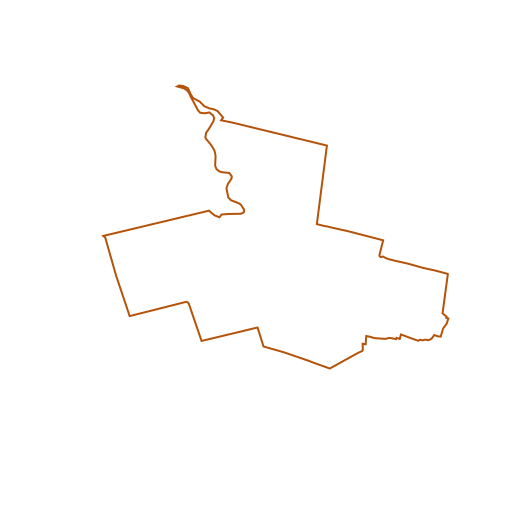 the district of Izvoarele, Teleorman, Romania, rotated 50°
{"feature_id": "2599482B23491153947768", "entity_name": "Izvoarele", "entity_type": "district", "adm_level": 2, "iso_a3": "ROU", "parent_name": "Romania", "parent_adm1": "Teleorman", "projection": "robinson", "projection_center": [25.353, 43.81], "detail": "fine", "context": "isolated", "style": "outline", "palette": "amber", "viewbox_px": 512, "rotation_deg": 50, "n_neighbors": 0, "source": "geoboundaries", "source_scale": "gbopen_adm2", "svg_char_len": 1906}
<svg xmlns="http://www.w3.org/2000/svg" viewBox="0 0 512 512"><g transform="rotate(50 256 256)"><path d="M220.8,391.4L221.2,390.6L246.3,338.8L247.2,338.3L249.0,338.0L286.1,352.3L311.5,301.3L311.8,300.8L330.2,308.4L347.4,296.7L356.0,291.5L370.9,282.6L377.7,278.8L389.6,271.8L395.6,241.2L397.0,235.7L396.5,234.5L391.8,230.7L394.1,228.8L388.2,223.0L390.6,221.0L395.3,217.8L402.6,210.2L404.6,206.3L409.7,202.1L409.1,200.9L411.9,199.2L409.3,195.4L421.6,188.4L425.2,186.2L425.6,184.1L427.6,182.7L428.5,180.6L430.1,179.0L431.4,178.0L432.2,174.8L431.1,170.2L434.2,168.5L436.5,166.3L432.1,159.8L431.4,157.8L431.3,157.3L430.4,153.4L427.5,148.8L425.6,150.0L424.8,148.9L422.8,149.5L419.8,149.9L393.3,120.8L393.0,120.6L387.4,124.5L381.9,128.4L378.8,130.8L376.8,132.4L371.2,136.6L368.3,138.5L359.4,144.6L349.1,152.5L343.8,156.3L341.4,157.8L340.0,158.3L338.2,159.0L337.8,159.3L337.6,160.0L337.4,160.7L337.0,161.2L336.1,161.4L335.7,161.4L335.3,161.3L334.9,161.1L333.4,159.1L329.0,153.1L325.9,148.7L325.7,148.5L306.2,162.4L296.1,169.6L284.3,178.7L278.8,182.7L277.5,184.0L270.7,188.9L217.0,130.7L138.4,188.5L129.6,195.5L129.3,194.4L128.8,192.2L120.1,192.3L116.2,194.2L113.3,196.6L108.1,199.3L101.4,199.9L98.6,201.1L94.5,202.7L90.2,202.1L83.7,200.3L79.0,202.5L76.0,205.2L75.5,207.4L81.1,203.5L84.5,202.4L88.1,202.5L91.1,203.4L107.2,206.8L110.3,206.7L113.7,203.6L116.0,199.5L120.7,198.5L123.5,199.4L125.4,202.0L127.9,209.2L128.5,211.0L129.5,214.9L132.6,218.6L134.7,219.0L141.5,219.0L148.2,219.9L153.2,222.5L160.6,229.3L164.0,230.4L167.9,229.6L170.3,227.9L175.2,223.1L179.3,223.3L181.0,225.0L182.7,231.1L185.1,235.1L193.3,239.6L197.0,239.4L205.1,235.0L207.4,234.6L212.9,235.4L214.7,237.2L214.1,240.2L206.1,250.1L202.1,255.7L202.9,259.1L198.2,261.6L193.9,262.5L191.1,262.8L142.4,360.2L142.5,360.2L143.0,360.1L144.3,359.7L145.1,359.7L178.0,374.4L181.4,375.9L220.8,391.4Z" fill="none" stroke="#b45309" stroke-width="2"/></g></svg>